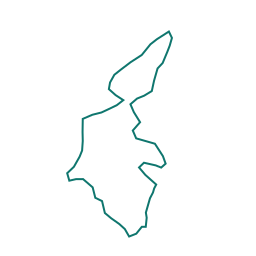 the district of Agia Marina Xyliatou, Nicosia, Cyprus, rotated 196°
{"feature_id": "46923920B35422065670386", "entity_name": "Agia Marina Xyliatou", "entity_type": "district", "adm_level": 2, "iso_a3": "CYP", "parent_name": "Cyprus", "parent_adm1": "Nicosia", "projection": "robinson", "projection_center": [33.054, 35.034], "detail": "fine", "context": "isolated", "style": "outline", "palette": "teal", "viewbox_px": 256, "rotation_deg": 196, "n_neighbors": 0, "source": "geoboundaries", "source_scale": "gbopen_adm2", "svg_char_len": 953}
<svg xmlns="http://www.w3.org/2000/svg" viewBox="0 0 256 256"><g transform="rotate(196 128 128)"><path d="M103.2,30.0L97.0,24.0L90.9,28.7L87.5,36.8L83.7,37.9L85.3,46.9L87.5,51.6L87.5,59.3L87.5,66.5L86.2,72.9L86.2,77.1L85.3,81.4L98.4,87.7L106.5,93.1L103.1,99.0L91.0,99.7L88.3,99.4L87.9,99.4L85.2,99.1L82.0,104.1L86.4,110.2L86.6,110.5L97.8,120.3L109.9,120.3L117.3,120.3L122.7,126.9L118.0,136.9L126.8,144.9L132.2,151.5L127.4,158.8L121.4,163.5L115.3,170.1L116.0,180.7L116.0,193.4L112.6,200.0L111.2,212.0L110.6,218.7L110.6,226.7L115.3,232.0L124.7,221.3L129.5,214.7L134.9,202.0L143.6,192.0L151.0,182.1L155.8,175.4L157.8,166.8L157.1,160.1L149.0,156.2L140.2,153.5L145.0,146.9L151.7,140.9L157.8,135.6L165.9,130.9L174.0,124.3L170.6,111.7L167.9,103.0L165.9,93.7L166.6,87.1L169.3,75.8L174.0,67.8L169.9,61.2L163.9,64.5L157.1,66.5L145.6,61.2L140.2,51.9L132.8,50.6L126.8,39.9L119.3,36.6L109.9,33.3L103.2,30.0Z" fill="none" stroke="#0f766e" stroke-width="2"/></g></svg>